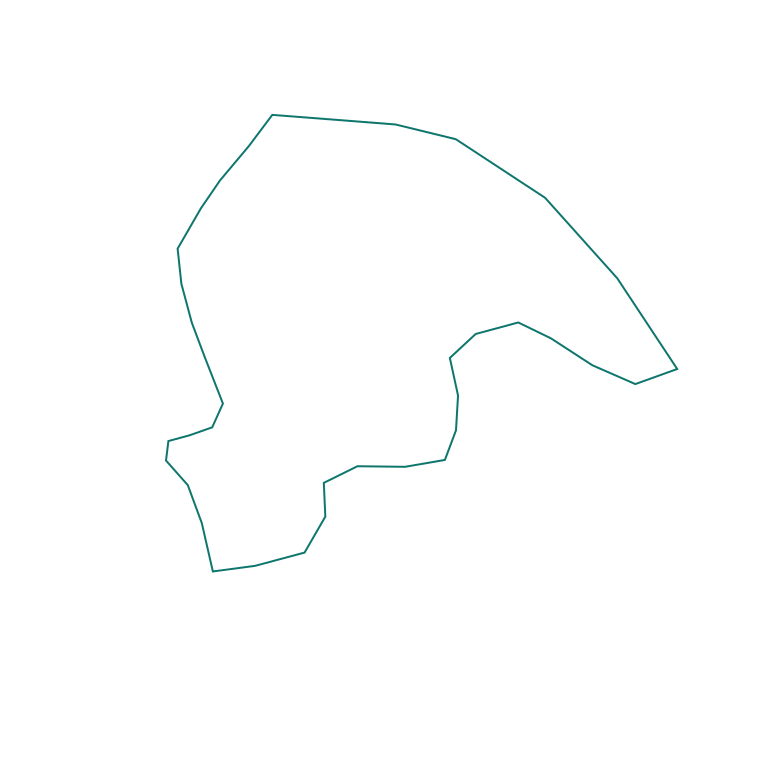 the border of North West, rotated 30°
{"feature_id": "SGP-4873", "entity_name": "North West", "entity_type": "state/province", "adm_level": 1, "iso_a3": "SGP", "parent_name": "Singapore", "parent_adm1": "", "projection": "albers", "projection_center": [103.808, 1.387], "detail": "fine", "context": "isolated", "style": "outline", "palette": "teal", "viewbox_px": 768, "rotation_deg": 30, "n_neighbors": 0, "source": "natural_earth", "source_scale": "10m", "svg_char_len": 609}
<svg xmlns="http://www.w3.org/2000/svg" viewBox="0 0 768 768"><g transform="rotate(30 384 384)"><path d="M152.7,206.8L264.2,153.5L323.8,136.1L430.4,142.2L533.1,175.8L630.4,224.4L601.7,258.4L555.1,263.6L505.8,261.0L469.5,263.6L438.4,294.8L428.0,328.5L453.9,357.0L469.5,388.1L474.7,419.3L443.6,445.2L402.1,468.5L381.3,499.7L399.5,528.2L399.5,569.7L363.2,606.0L329.5,631.9L295.8,595.6L264.7,569.7L233.5,559.3L225.8,541.2L241.3,525.6L256.9,507.4L254.3,481.5L215.4,450.4L186.9,427.0L158.4,398.5L137.6,370.0L137.6,323.3L140.2,289.6L148.0,245.5L152.7,206.8Z" fill="none" stroke="#0f766e" stroke-width="2"/></g></svg>